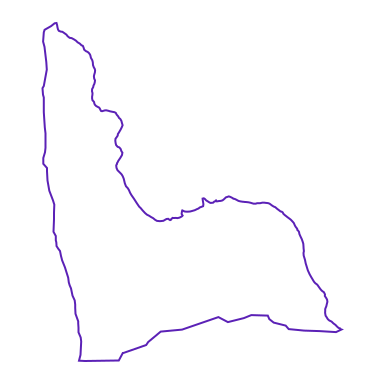 outline of Varisu, Shefa, Vanuatu
{"feature_id": "77236927B71259350499613", "entity_name": "Varisu", "entity_type": "district", "adm_level": 2, "iso_a3": "VUT", "parent_name": "Vanuatu", "parent_adm1": "Shefa", "projection": "orthographic", "projection_center": [168.263, -16.675], "detail": "fine", "context": "isolated", "style": "outline", "palette": "violet", "viewbox_px": 384, "rotation_deg": 0, "n_neighbors": 0, "source": "geoboundaries", "source_scale": "gbopen_adm2", "svg_char_len": 4824}
<svg xmlns="http://www.w3.org/2000/svg" viewBox="0 0 384 384"><path d="M341.5,329.5L340.3,329.0L339.9,328.3L339.2,328.2L338.9,328.1L338.2,327.6L337.5,327.0L336.4,325.9L335.5,324.9L334.5,324.2L333.2,323.2L331.7,321.7L330.3,320.9L329.6,320.7L328.6,319.9L327.7,319.0L326.7,317.3L325.6,315.7L325.1,312.9L325.1,312.7L325.2,311.0L325.2,309.1L325.5,308.2L326.3,306.3L326.8,304.1L327.4,301.8L327.1,299.8L327.1,299.7L326.3,298.2L325.3,296.7L324.8,295.9L325.0,294.5L324.5,293.4L323.8,292.1L322.8,291.5L321.6,290.5L320.4,289.1L318.9,287.0L317.6,285.1L316.7,284.2L315.5,283.4L314.2,282.0L313.3,280.6L312.2,278.7L311.4,277.4L309.7,274.4L308.6,272.0L307.9,270.5L307.3,268.6L306.6,266.3L305.7,263.4L305.0,259.9L304.3,257.6L303.7,255.6L303.5,253.0L303.9,251.1L303.7,249.3L303.6,248.6L303.5,246.6L303.3,243.8L302.9,242.4L302.5,241.2L301.8,239.2L300.5,236.5L299.4,234.0L299.0,231.9L298.1,230.6L297.3,229.9L297.2,228.9L296.6,228.0L295.7,226.9L294.9,225.5L293.8,223.0L292.5,221.5L290.8,219.7L289.4,218.6L287.1,216.9L286.9,216.7L284.7,215.0L283.4,213.8L282.7,212.4L281.7,211.7L280.5,211.4L279.1,210.3L277.1,208.8L275.3,207.2L273.8,206.6L272.3,205.7L270.7,204.5L269.6,203.7L268.6,203.3L268.3,203.2L267.1,203.0L265.9,202.9L264.4,202.7L262.2,202.7L260.1,203.2L259.0,203.2L257.1,203.2L255.7,203.7L253.7,203.7L252.3,203.3L250.3,202.7L248.5,202.3L246.7,202.1L245.8,202.0L244.9,202.0L243.7,201.8L243.1,201.8L240.5,201.4L238.8,201.0L237.9,200.6L236.3,199.7L234.6,198.9L233.3,198.7L233.0,198.3L231.9,197.7L230.3,196.9L228.8,196.4L227.4,196.9L226.0,197.3L223.9,199.3L222.5,200.4L222.1,200.5L220.7,200.9L219.1,201.0L217.5,201.3L216.9,201.3L216.6,201.3L216.0,200.4L215.7,200.6L215.2,201.3L214.2,201.6L213.3,202.6L212.1,202.8L210.4,202.9L208.9,202.1L208.0,201.5L206.2,200.4L204.8,198.9L203.8,198.3L202.6,198.6L202.7,199.9L203.1,202.2L203.4,204.2L203.2,205.8L203.1,206.2L202.1,206.6L201.0,207.0L199.7,207.5L198.5,208.5L197.0,209.1L194.8,210.2L192.7,210.8L192.4,210.9L190.1,211.5L187.5,211.7L185.5,211.6L184.4,211.4L183.2,210.8L182.3,210.4L182.1,210.8L181.9,211.9L181.6,213.9L182.6,215.6L182.3,215.9L182.1,216.2L180.6,217.1L179.3,217.7L177.5,218.1L177.3,218.1L175.8,217.9L174.3,218.0L173.2,218.0L172.5,217.9L171.7,218.8L171.2,219.1L170.8,219.9L170.1,220.1L169.1,219.5L168.2,218.8L166.5,219.0L164.9,219.9L163.4,220.8L161.7,221.0L160.7,221.1L159.0,221.1L158.4,221.0L157.0,220.9L155.1,219.8L153.2,218.2L151.0,217.0L149.2,215.8L147.0,214.7L145.1,213.1L142.5,210.3L140.7,208.1L139.2,206.7L137.5,204.2L136.5,202.7L135.8,201.6L134.0,198.8L131.5,195.2L130.1,192.8L129.0,190.2L127.8,188.2L126.0,186.3L124.8,183.2L124.2,180.6L123.7,178.6L122.7,176.2L121.7,174.5L120.7,173.4L119.3,172.0L117.5,170.2L116.5,167.9L116.2,165.6L116.6,164.5L116.9,164.2L117.0,163.2L117.5,162.5L118.2,161.0L119.0,159.8L120.1,158.2L121.2,156.4L122.0,155.0L122.4,152.6L121.5,151.4L121.2,150.5L121.1,150.3L120.6,148.9L119.3,147.4L117.6,146.8L117.4,146.5L116.2,145.2L115.7,143.5L115.3,140.8L115.5,138.7L116.5,137.4L117.7,135.6L117.9,134.0L118.8,132.7L120.6,129.6L121.8,127.2L122.6,125.2L122.0,123.2L121.4,120.9L120.3,119.0L119.0,117.9L118.2,116.4L117.0,115.0L116.8,114.8L116.1,113.6L115.8,112.9L114.5,112.2L112.4,111.8L110.0,111.3L108.4,110.8L106.2,110.3L104.8,110.4L102.1,111.2L101.1,111.0L100.3,109.7L99.8,108.5L99.0,107.5L97.7,106.9L96.0,105.9L94.8,104.6L94.3,103.4L94.1,102.1L93.5,101.3L92.5,100.3L92.1,98.5L92.1,96.6L92.4,95.0L92.5,93.1L92.0,91.2L92.1,89.1L92.6,88.2L93.2,87.1L93.5,85.5L94.3,84.0L94.8,82.1L95.0,80.3L94.2,78.6L93.9,76.2L94.2,74.8L94.9,72.4L95.1,70.3L94.7,68.8L93.8,67.3L93.0,65.1L92.8,62.3L92.3,60.3L90.9,57.8L90.4,55.6L90.0,54.5L88.8,52.9L87.6,51.9L86.0,51.2L84.2,49.7L83.5,47.3L83.0,46.3L82.8,45.8L81.5,45.3L79.8,43.6L77.6,42.3L76.0,40.7L74.0,39.4L71.6,38.1L70.8,38.0L70.2,37.9L69.6,37.8L67.6,36.2L66.4,34.6L64.3,33.1L62.4,31.8L60.8,31.6L58.8,30.8L58.0,29.4L57.5,27.5L57.1,25.1L56.5,23.0L54.6,23.3L51.1,26.1L44.6,29.8L43.8,32.3L43.1,41.6L44.5,46.9L46.3,62.1L46.8,69.6L45.3,77.8L43.8,86.0L42.5,88.2L43.0,94.7L43.8,97.5L43.8,101.2L43.8,104.9L43.8,112.2L44.8,127.4L45.5,133.4L45.5,135.9L45.5,147.8L45.0,152.3L43.3,158.0L43.3,163.8L47.0,168.0L47.0,171.3L47.5,180.5L49.3,190.7L53.0,200.4L54.3,204.6L54.0,212.6L54.0,219.3L53.5,231.8L55.8,236.0L55.8,238.3L55.8,240.3L56.3,242.3L56.5,245.0L56.5,246.0L58.3,248.8L60.0,251.0L61.0,256.0L61.8,259.0L62.0,260.0L65.0,267.5L66.3,271.7L68.2,277.7L68.8,282.4L69.7,285.4L71.0,288.4L72.5,295.6L74.7,300.4L75.2,304.6L75.2,307.8L75.5,313.8L78.2,321.3L78.2,323.3L78.5,327.8L78.5,332.3L80.7,337.5L81.2,341.5L80.5,354.9L79.0,360.7L85.0,361.0L118.8,360.5L122.8,353.0L123.3,353.0L146.2,345.0L148.2,342.0L160.7,331.6L182.1,329.6L218.4,317.1L227.9,322.1L243.9,318.1L251.3,315.1L267.8,315.6L269.3,319.1L273.7,322.6L285.7,325.6L288.7,329.1L299.1,330.1L304.1,330.6L319.6,331.1L336.0,332.1L341.5,329.5Z" fill="none" stroke="#5b21b6" stroke-width="2"/></svg>